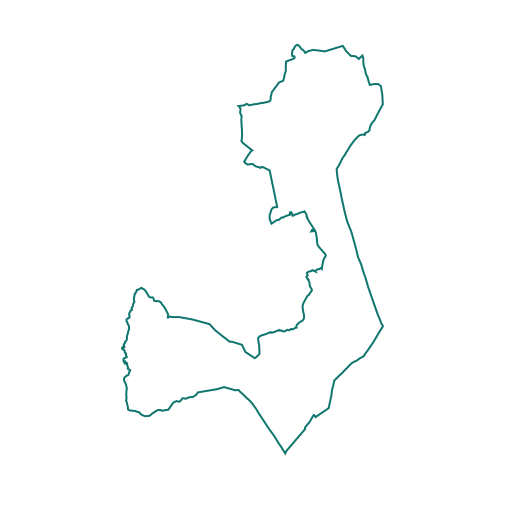 outline of Gairo, Morogoro, United Republic of Tanzania, rotated 169°
{"feature_id": "72390352B71030681800047", "entity_name": "Gairo", "entity_type": "district", "adm_level": 2, "iso_a3": "TZA", "parent_name": "United Republic of Tanzania", "parent_adm1": "Morogoro", "projection": "natural_earth1", "projection_center": [37.057, -6.228], "detail": "fine", "context": "isolated", "style": "outline", "palette": "teal", "viewbox_px": 512, "rotation_deg": 169, "n_neighbors": 0, "source": "geoboundaries", "source_scale": "gbopen_adm2", "svg_char_len": 6138}
<svg xmlns="http://www.w3.org/2000/svg" viewBox="0 0 512 512"><g transform="rotate(169 256 256)"><path d="M113.9,366.6L110.0,371.7L102.6,380.7L101.2,390.5L101.2,394.6L100.9,398.7L103.1,401.4L107.6,402.3L111.6,402.2L112.1,405.6L112.4,410.3L113.4,413.6L113.4,417.6L113.9,422.1L113.8,424.4L112.9,430.2L113.3,432.5L117.5,429.8L120.1,433.0L124.8,434.4L128.5,440.1L130.7,445.7L149.5,443.7L153.6,445.2L160.5,447.4L165.7,447.1L168.9,446.0L169.5,447.5L170.2,448.8L170.8,449.6L171.6,450.0L173.5,453.9L174.8,455.4L176.3,455.2L177.6,454.3L178.6,453.3L179.0,452.3L180.5,451.4L181.2,450.2L182.2,447.6L182.2,445.4L181.1,445.1L180.2,444.5L180.3,443.1L182.0,442.4L189.5,441.1L190.9,434.9L191.2,432.5L193.1,428.9L195.0,424.4L196.0,422.8L200.2,422.0L209.3,413.7L210.1,411.6L211.2,409.6L211.5,407.7L212.3,405.8L213.8,405.1L220.2,404.9L222.3,405.2L225.7,405.0L228.1,405.3L233.9,405.2L234.7,405.9L235.3,406.6L236.5,407.2L237.6,406.4L239.6,406.2L244.5,406.5L243.7,405.3L243.1,403.4L244.3,399.4L243.4,395.8L243.9,394.5L244.4,392.5L245.4,385.6L245.6,383.2L246.5,377.7L247.7,373.3L248.4,371.7L247.1,369.2L239.6,360.4L240.3,360.3L244.4,356.5L249.6,350.9L249.2,350.5L249.0,349.5L246.8,347.4L241.8,347.0L239.4,344.2L237.6,343.2L236.1,342.6L235.2,341.8L233.8,341.6L234.2,341.8L233.4,342.4L232.2,341.9L226.3,337.4L226.0,314.0L225.9,309.9L226.0,309.6L225.8,300.0L226.1,299.9L227.7,300.3L230.2,300.2L232.0,298.6L234.9,293.2L235.5,289.6L234.6,284.8L229.0,287.2L226.8,287.1L223.6,288.9L221.7,288.6L220.5,289.2L216.5,289.9L214.6,290.1L214.6,291.3L214.4,292.3L213.0,292.2L212.7,291.2L212.3,288.5L211.8,288.5L209.5,289.3L207.7,289.3L204.0,290.2L201.0,290.3L199.9,290.6L198.7,287.7L198.6,286.1L198.8,284.9L198.4,284.4L198.6,284.3L198.2,282.4L197.0,279.0L193.7,270.9L196.1,270.8L196.1,270.2L196.8,269.6L193.2,269.4L192.8,267.5L192.9,262.1L193.5,256.5L193.3,254.9L192.6,253.0L188.0,245.2L187.3,243.4L187.7,242.5L188.8,241.6L190.8,238.8L192.9,233.6L193.7,231.0L194.0,231.6L194.9,231.8L196.0,231.0L196.6,231.2L198.7,231.0L199.8,230.6L200.8,229.9L200.6,229.4L202.3,230.5L202.6,231.1L203.5,231.3L204.6,230.6L205.3,230.7L207.3,230.5L208.5,230.2L209.4,229.5L208.9,227.3L209.3,226.6L210.2,226.4L210.5,225.7L210.3,225.1L209.3,223.3L209.6,223.3L208.8,220.9L208.6,219.4L208.8,217.0L208.7,215.6L207.7,212.8L207.8,211.3L210.2,209.2L211.2,208.0L213.5,206.7L218.3,200.9L219.0,199.8L220.0,197.4L220.3,192.3L220.2,189.1L220.5,186.5L221.4,184.7L223.1,183.5L224.6,183.1L226.4,182.3L227.2,181.9L228.0,181.1L229.1,180.7L229.7,179.6L229.9,178.7L229.8,178.0L231.1,178.0L233.9,176.9L235.1,177.6L236.0,177.6L237.1,176.8L237.9,176.8L239.5,177.6L241.2,176.8L243.2,176.6L245.0,177.6L245.7,178.3L246.4,178.1L247.2,178.2L247.5,179.0L252.5,177.9L255.0,177.7L255.8,177.8L256.1,178.5L261.1,177.5L266.6,176.8L268.0,176.3L268.9,175.6L269.8,174.5L269.8,172.6L270.0,170.0L269.9,167.8L271.2,159.4L275.2,156.5L276.7,155.9L284.8,163.9L286.7,171.5L295.5,176.2L298.3,177.0L305.2,184.9L310.5,191.2L314.6,198.0L330.7,205.9L343.1,210.7L349.7,212.0L352.2,212.9L354.2,212.3L354.4,212.5L353.5,214.7L353.6,216.2L354.8,220.5L356.1,224.0L357.6,226.7L358.0,227.7L358.1,228.5L360.1,230.3L363.0,230.8L364.6,231.6L364.7,233.9L365.0,234.7L365.4,235.1L367.0,235.3L368.4,236.0L368.8,236.6L370.7,242.0L371.4,243.3L372.0,244.4L373.8,245.8L374.5,246.6L379.0,245.2L379.5,245.4L380.3,243.7L381.1,243.2L381.6,242.5L381.7,242.0L382.4,241.8L382.8,240.4L383.8,238.2L384.3,235.8L384.0,234.4L384.2,234.0L385.6,232.6L386.5,230.2L388.0,228.8L388.1,226.8L389.3,226.5L390.1,225.4L391.0,224.5L391.7,222.7L391.7,220.3L392.0,219.7L393.0,219.5L393.5,219.0L394.3,219.0L394.9,218.7L395.2,218.4L395.6,216.5L395.0,215.8L394.8,214.6L395.0,213.9L394.9,213.4L394.3,212.7L394.1,211.1L394.5,208.6L396.2,205.6L396.5,204.5L398.2,201.7L398.3,199.6L399.1,198.2L399.6,197.5L400.8,196.9L401.1,196.0L401.7,195.1L402.6,194.6L402.6,191.6L403.3,191.2L403.8,191.4L404.2,192.1L404.6,191.8L405.2,190.7L404.5,189.6L403.3,188.7L403.0,187.9L403.2,186.5L402.9,185.8L402.2,185.3L402.2,184.7L402.6,184.2L402.6,183.7L402.1,182.1L402.1,181.5L402.6,181.2L405.2,180.7L405.7,180.3L406.1,178.2L406.0,177.4L405.7,177.2L405.0,177.6L404.6,177.6L404.3,177.1L404.5,176.7L405.3,176.0L405.4,175.4L405.0,175.3L403.7,175.8L403.1,175.5L402.9,175.2L402.9,174.9L403.4,173.5L403.1,171.9L402.9,171.6L402.8,171.1L403.4,169.9L403.2,169.5L402.3,168.9L401.8,168.7L401.3,167.7L402.7,166.2L402.8,165.7L404.0,163.6L404.5,163.3L405.0,163.4L406.3,163.0L408.1,161.9L409.0,160.8L409.3,159.3L408.2,154.6L408.0,152.3L408.3,149.7L409.0,148.2L410.0,143.5L410.3,140.7L411.1,139.2L410.8,137.3L410.6,131.9L410.9,129.8L410.1,129.0L409.2,128.5L407.0,127.7L404.5,127.1L402.2,125.6L400.8,125.2L398.7,122.0L395.9,120.2L396.1,120.2L394.5,119.7L392.9,119.7L391.3,119.4L389.5,120.2L387.5,121.4L385.7,122.0L383.0,123.2L380.8,123.4L378.9,123.0L377.8,122.0L371.3,121.9L365.4,127.7L361.7,128.8L360.1,127.9L359.0,127.6L356.9,128.8L355.6,130.3L353.6,130.0L352.9,129.4L350.7,129.5L349.8,129.9L347.5,130.1L345.3,129.6L341.8,130.8L338.9,133.2L319.8,132.7L312.1,133.4L311.4,132.9L302.1,128.2L299.2,127.9L298.5,127.6L298.4,127.0L294.0,121.1L292.5,118.7L289.8,115.3L287.5,111.3L284.9,105.5L283.3,101.0L276.3,84.0L272.6,76.1L269.4,67.6L267.7,63.9L266.6,60.7L264.9,56.6L263.5,58.7L240.9,76.7L240.6,78.2L237.9,80.7L235.7,82.2L229.9,88.7L229.6,88.9L228.5,87.5L228.3,86.5L213.7,92.8L208.5,105.0L207.0,109.7L203.9,116.4L202.9,118.8L197.0,122.8L194.3,124.3L190.1,127.4L188.5,128.3L184.6,131.2L182.7,132.4L180.3,133.4L177.7,133.9L175.5,134.8L174.1,135.6L171.3,136.4L169.0,137.3L168.0,138.7L164.6,141.8L157.3,149.0L148.1,159.4L144.9,162.6L144.9,163.4L145.9,166.3L146.7,171.1L147.6,174.9L151.8,203.9L152.7,214.2L153.6,219.5L154.4,227.9L156.1,235.6L156.4,243.5L157.4,256.9L157.9,262.0L159.7,271.2L160.1,275.1L160.6,283.8L160.9,298.2L160.8,300.3L161.1,313.4L161.0,318.2L160.3,325.7L160.1,326.2L156.8,329.7L152.8,335.1L149.2,338.6L147.6,340.6L145.2,342.9L144.0,344.4L142.0,346.5L137.1,351.0L133.5,353.5L131.9,354.5L130.1,354.9L128.1,354.9L127.2,354.6L126.4,354.0L125.7,354.6L125.6,355.7L124.2,356.2L122.9,356.3L121.9,356.7L120.5,357.9L120.3,358.9L119.2,361.4L117.4,363.8L115.4,365.6L113.9,366.6Z" fill="none" stroke="#0f766e" stroke-width="2"/></g></svg>